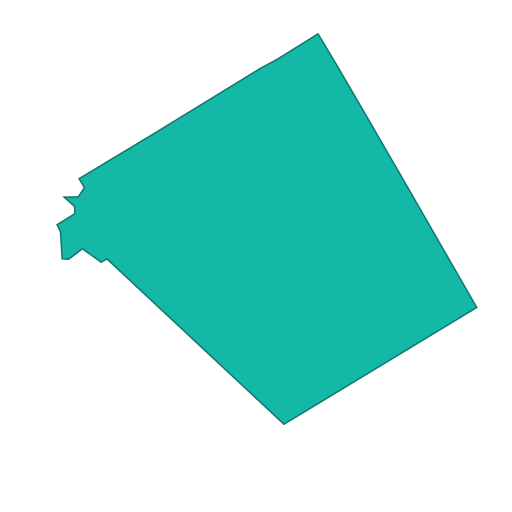 Johnson, Texas, United States of America, rotated 59°
{"feature_id": "52423323B21675904174262", "entity_name": "Johnson", "entity_type": "district", "adm_level": 2, "iso_a3": "USA", "parent_name": "United States of America", "parent_adm1": "Texas", "projection": "equal_earth", "projection_center": [-97.498, 32.345], "detail": "fine", "context": "isolated", "style": "filled", "palette": "teal", "viewbox_px": 512, "rotation_deg": 59, "n_neighbors": 0, "source": "geoboundaries", "source_scale": "gbopen_adm2", "svg_char_len": 457}
<svg xmlns="http://www.w3.org/2000/svg" viewBox="0 0 512 512"><g transform="rotate(59 256 256)"><path d="M98.5,276.5L98.6,367.9L109.0,367.8L113.8,378.0L106.7,390.1L120.4,386.0L126.4,389.5L126.7,410.4L134.3,411.0L158.6,423.6L162.3,418.2L160.4,401.1L181.6,391.9L181.7,385.3L414.6,318.7L413.8,93.3L278.3,90.7L257.4,90.3L235.1,90.0L208.5,89.5L137.2,88.5L97.5,88.4L98.3,136.1L97.4,154.9L98.5,276.5Z" fill="#14b8a6" stroke="#0f766e" stroke-width="1.5"/></g></svg>